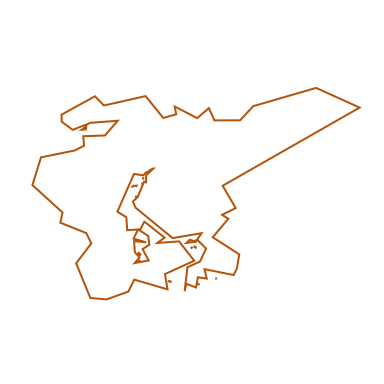 the district of Milford Lea-3, Donegal, Ireland, rotated 185°
{"feature_id": "5873133B66186119395880", "entity_name": "Milford Lea-3", "entity_type": "district", "adm_level": 2, "iso_a3": "IRL", "parent_name": "Ireland", "parent_adm1": "Donegal", "projection": "equal_earth", "projection_center": [-7.731, 55.125], "detail": "medium", "context": "isolated", "style": "outline", "palette": "amber", "viewbox_px": 384, "rotation_deg": 185, "n_neighbors": 0, "source": "geoboundaries", "source_scale": "gbopen_adm2", "svg_char_len": 1971}
<svg xmlns="http://www.w3.org/2000/svg" viewBox="0 0 384 384"><g transform="rotate(185 192 192)"><path d="M32.4,290.7L77.5,306.5L138.4,282.9L150.3,267.6L175.9,265.3L182.5,277.0L193.3,266.0L216.7,275.7L214.5,268.0L227.1,263.3L246.6,283.5L287.3,270.5L297.0,278.9L328.7,257.7L327.9,250.7L316.3,243.5L299.1,252.1L272.2,256.5L283.7,240.7L305.2,238.1L303.6,228.7L312.3,223.2L345.4,213.4L351.6,185.0L319.2,160.3L320.5,149.9L293.8,141.9L287.8,132.0L301.2,110.9L284.0,77.5L267.7,77.6L246.7,87.3L241.9,99.7L207.9,92.9L211.8,107.9L183.8,123.7L200.6,141.7L222.1,138.2L215.3,144.2L236.9,158.3L240.7,149.2L231.8,144.4L229.9,135.7L236.2,130.8L229.2,120.0L242.9,116.2L238.5,122.2L243.7,127.0L245.4,138.0L233.3,137.9L246.2,140.4L242.4,150.0L253.2,148.3L255.2,161.1L264.6,165.9L251.4,204.9L241.9,204.4L239.7,207.4L237.6,208.2L235.6,210.4L234.0,210.6L233.7,211.7L232.6,211.9L239.1,204.8L238.6,197.7L240.6,198.1L245.6,182.4L250.0,177.4L246.9,171.5L207.3,144.4L178.9,151.8L182.7,145.0L173.0,136.8L178.1,123.3L190.0,116.7L190.7,92.5L189.6,100.1L179.8,97.2L178.6,107.6L169.8,107.0L172.8,116.2L143.2,112.9L140.6,120.0L139.5,134.0L167.4,148.7L153.5,168.5L160.0,171.9L147.1,179.8L162.0,200.9L32.4,290.7ZM193.1,140.8L183.1,142.9L190.1,144.2L193.1,140.8ZM307.3,244.4L303.1,245.2L303.0,248.3L307.3,244.4ZM237.4,124.4L239.6,126.8L240.5,125.6L237.4,124.4ZM208.2,101.1L205.6,100.7L205.6,101.2L208.2,101.1ZM185.6,138.3L183.6,136.8L183.4,137.4L185.6,138.3ZM251.4,192.2L250.0,193.9L251.7,192.2L251.4,192.2ZM241.0,201.0L241.8,201.6L242.0,201.2L241.0,201.0ZM187.5,136.7L188.3,135.6L187.3,136.6L187.5,136.7ZM160.5,107.8L159.6,108.3L161.3,107.6L160.5,107.8ZM248.1,192.9L247.8,193.5L249.5,193.2L248.1,192.9ZM238.4,118.9L240.0,118.8L238.0,118.6L238.4,118.9ZM242.3,196.0L242.2,195.1L241.6,195.9L242.3,196.0ZM177.8,100.7L176.6,100.1L177.3,100.9L177.8,100.7ZM246.3,182.9L247.4,182.6L247.3,182.2L246.3,182.9ZM183.5,144.2L183.4,143.9L182.3,144.0L183.5,144.2Z" fill="none" stroke="#b45309" stroke-width="2"/></g></svg>